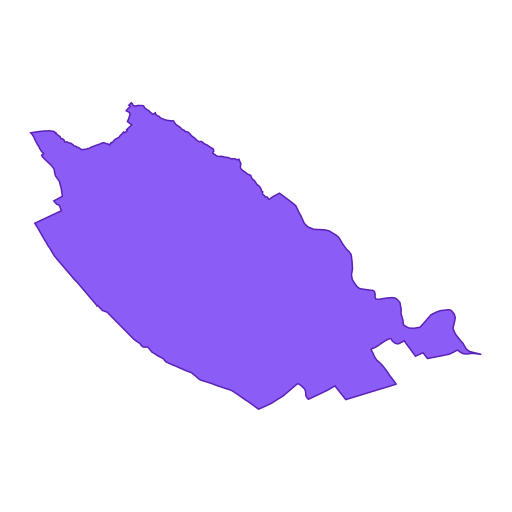 Dulcesti, Neamt, Romania
{"feature_id": "2599482B7069275875494", "entity_name": "Dulcesti", "entity_type": "district", "adm_level": 2, "iso_a3": "ROU", "parent_name": "Romania", "parent_adm1": "Neamt", "projection": "natural_earth1", "projection_center": [26.772, 46.976], "detail": "fine", "context": "isolated", "style": "filled", "palette": "violet", "viewbox_px": 512, "rotation_deg": 0, "n_neighbors": 0, "source": "geoboundaries", "source_scale": "gbopen_adm2", "svg_char_len": 6011}
<svg xmlns="http://www.w3.org/2000/svg" viewBox="0 0 512 512"><path d="M165.9,361.9L166.3,362.0L168.9,363.3L170.2,363.8L173.0,365.1L175.5,366.0L177.6,367.0L178.3,367.3L183.5,369.6L187.3,371.2L191.4,372.6L194.2,375.0L195.3,375.7L197.9,378.2L200.1,379.8L201.0,380.2L208.4,382.5L212.4,383.8L217.7,385.9L229.1,389.6L230.9,390.2L232.3,390.9L237.3,394.2L246.0,400.3L248.2,401.6L258.6,409.2L271.0,403.5L283.3,395.8L297.0,384.1L297.8,383.8L298.7,384.0L300.7,385.2L304.5,388.9L305.2,390.1L305.6,392.4L305.7,393.2L305.7,393.8L305.9,395.9L307.2,398.0L308.5,399.3L327.8,390.1L334.9,385.9L345.8,399.6L395.5,384.4L396.1,384.1L394.7,382.0L389.0,374.5L387.3,371.7L383.6,366.9L380.9,363.7L376.6,360.0L374.1,355.9L373.1,353.4L371.9,351.3L371.3,349.9L371.1,349.2L372.3,348.6L373.8,348.1L375.7,347.1L377.6,346.0L382.3,342.7L384.7,341.2L386.0,340.4L387.8,339.5L389.1,338.9L390.5,338.7L391.1,338.8L391.4,339.2L392.0,340.6L393.6,342.1L394.3,342.7L395.5,343.3L397.0,343.8L398.5,343.8L400.0,343.1L402.9,341.6L404.3,340.6L404.6,341.3L406.2,343.7L410.5,349.4L415.4,356.2L423.0,352.8L427.5,358.5L443.3,355.5L445.9,354.8L449.0,354.3L450.8,353.5L454.3,351.8L457.0,350.2L457.4,350.2L458.6,350.9L460.6,352.4L461.5,352.9L463.4,353.7L465.2,353.9L467.9,353.9L469.6,353.7L471.3,353.4L472.6,353.4L474.1,353.5L481.3,354.4L469.6,351.5L466.4,349.1L464.2,345.5L463.1,343.4L460.6,340.7L455.5,334.2L452.9,328.6L453.1,327.6L454.5,322.0L455.3,317.6L454.2,314.0L452.1,311.4L450.8,310.2L448.5,309.7L440.2,310.7L436.3,312.1L431.0,314.8L422.9,324.1L419.9,327.3L413.6,328.3L409.0,328.0L406.4,326.8L403.5,324.9L402.9,320.0L401.0,313.6L401.2,309.3L399.9,302.4L397.1,299.5L395.1,298.0L392.0,297.6L387.8,297.9L383.0,298.6L378.9,299.4L375.9,299.1L375.0,297.1L375.2,294.3L374.5,291.6L372.5,290.2L371.7,290.4L361.5,288.9L359.3,288.4L356.9,286.4L354.8,283.5L352.4,279.8L351.8,276.7L351.5,274.6L352.5,269.1L352.1,261.6L351.2,254.7L349.2,251.8L346.5,249.2L342.9,244.3L340.5,240.2L338.5,237.1L335.8,234.9L332.9,233.2L329.2,230.9L324.4,229.8L313.7,229.3L310.9,228.1L307.9,226.9L304.2,223.2L300.8,215.5L299.1,212.6L295.8,205.7L290.5,201.4L279.5,193.2L272.3,197.0L269.2,199.5L268.8,199.3L268.6,199.1L267.4,197.1L265.3,196.8L264.9,196.7L264.7,195.9L264.3,195.5L263.0,194.6L262.5,193.8L262.4,193.1L262.6,192.4L262.8,192.0L262.7,191.7L262.1,191.4L261.5,190.7L261.3,190.3L261.1,189.1L260.3,187.5L259.3,186.3L258.7,185.7L257.0,184.5L254.7,181.0L253.6,179.9L252.9,179.6L251.7,178.1L251.2,176.9L251.1,176.1L250.8,175.6L250.1,175.0L249.0,174.7L247.1,173.7L246.0,172.9L245.7,172.5L242.1,170.1L241.0,168.8L240.4,167.8L240.5,166.1L240.6,164.8L240.9,164.1L240.0,161.6L239.2,160.2L239.2,159.6L238.9,159.2L238.6,159.3L237.1,159.8L236.1,159.4L235.5,158.9L234.0,158.7L230.9,158.8L230.0,158.5L229.7,158.1L227.9,157.5L224.4,157.1L223.4,156.7L221.3,156.3L220.1,156.4L218.6,156.4L217.7,156.3L216.5,155.9L215.4,154.9L214.4,154.2L213.2,153.6L212.8,153.2L212.8,152.7L213.2,152.0L213.8,151.3L213.6,150.2L213.3,149.4L213.1,148.9L212.4,148.3L211.1,147.7L209.9,147.0L207.3,145.1L205.7,144.4L204.6,143.8L203.9,143.7L203.6,143.4L203.4,142.9L203.0,142.5L201.6,141.6L201.3,141.4L199.8,141.6L199.0,141.5L197.9,141.1L197.4,140.8L194.2,137.6L192.9,136.9L192.0,136.1L191.5,135.9L190.4,134.3L189.1,133.0L188.3,132.4L187.6,132.0L186.9,131.7L185.0,131.5L184.4,130.4L184.1,130.2L182.8,129.8L182.0,129.3L180.5,127.7L179.7,127.0L176.4,124.8L175.6,124.2L175.0,123.4L173.8,121.1L173.3,120.9L172.7,120.7L171.9,120.7L170.8,121.1L170.6,120.8L170.1,120.7L167.2,120.3L164.6,119.7L163.0,118.9L160.8,118.2L159.2,116.5L157.5,115.7L155.9,114.8L155.4,112.8L153.3,114.2L153.0,114.3L150.3,112.3L149.1,110.9L147.4,109.9L145.2,108.3L144.5,107.6L144.1,106.6L143.1,105.7L142.3,105.5L140.6,105.6L138.7,105.4L137.8,105.5L135.8,105.9L134.8,106.0L133.6,105.6L133.2,105.4L132.8,104.8L132.5,104.0L132.2,103.5L131.2,102.8L129.5,104.5L128.8,105.3L129.2,105.6L129.6,105.8L130.0,106.1L130.1,106.4L130.0,106.8L128.8,107.9L128.4,108.1L127.1,109.7L126.4,110.3L126.2,110.8L129.4,112.4L129.7,113.6L130.2,114.3L130.2,114.6L129.5,116.1L128.3,119.6L127.6,121.0L127.5,121.6L127.6,121.8L127.9,121.9L128.7,122.6L131.8,124.7L130.2,126.3L126.6,129.7L127.2,130.0L127.3,130.5L126.5,131.4L124.7,132.7L124.4,132.6L124.1,132.1L123.8,131.9L123.6,132.0L121.5,134.4L120.6,135.1L118.8,137.4L118.2,137.7L117.2,138.3L115.5,139.1L114.6,139.8L113.4,141.0L113.4,141.4L113.0,141.9L111.0,142.7L110.8,143.3L111.0,143.4L110.2,143.9L110.0,144.7L109.1,144.9L108.9,144.4L108.5,144.2L106.0,143.5L104.2,142.8L103.7,142.7L102.9,142.8L102.1,143.0L99.7,144.1L96.1,145.3L90.9,147.3L88.9,148.5L88.4,148.6L87.7,148.5L87.0,148.9L86.4,149.2L84.1,149.4L81.8,149.6L81.0,149.3L79.1,147.9L78.2,147.5L77.3,147.2L75.7,146.3L74.2,145.9L73.8,145.7L73.1,144.8L71.7,143.8L70.7,143.2L70.3,143.1L69.5,143.1L68.5,142.6L67.9,142.5L67.3,142.0L67.0,141.9L66.2,141.9L65.4,142.1L65.0,142.0L64.7,141.9L64.5,141.6L64.4,140.9L64.1,140.1L63.1,139.3L62.4,138.8L61.0,138.5L60.6,138.0L60.2,136.8L59.9,136.5L58.3,135.4L56.8,134.1L55.6,133.5L55.4,133.2L55.8,132.7L54.7,132.3L54.5,131.9L53.5,131.3L53.4,131.4L51.1,131.0L50.6,131.0L50.1,130.8L49.4,130.7L47.8,130.9L44.1,131.0L37.7,131.7L30.7,132.8L32.6,135.1L33.1,136.0L33.5,136.2L33.7,136.4L34.0,137.5L34.3,138.3L35.5,140.8L37.4,144.4L39.5,147.7L39.4,148.1L39.7,148.5L41.3,151.1L42.7,152.7L43.7,153.7L43.6,153.9L43.0,154.3L42.1,154.8L41.7,155.1L41.7,155.3L41.9,156.0L43.8,158.3L50.9,165.0L54.1,169.0L54.7,173.3L55.6,176.1L59.3,181.2L61.3,188.9L61.9,192.9L62.4,196.3L53.8,200.9L56.6,204.2L58.6,204.9L59.8,206.4L60.4,208.3L61.4,210.7L34.8,223.2L36.1,225.4L37.4,227.4L41.7,234.9L45.2,240.9L46.0,242.0L46.7,243.3L47.9,245.6L49.6,247.9L52.3,252.5L54.1,255.5L56.8,258.9L74.5,279.6L77.1,282.2L97.0,305.6L97.0,305.9L97.9,305.5L98.2,306.0L101.4,309.4L102.0,310.1L102.6,310.6L103.8,310.9L105.7,311.7L107.5,312.3L107.9,312.6L108.4,313.5L134.2,339.6L136.8,341.4L138.1,342.4L139.5,343.1L140.7,344.4L141.2,345.4L143.1,347.0L145.6,347.2L147.4,346.8L149.5,349.0L151.6,351.8L155.7,354.4L157.6,355.7L163.2,358.6L165.9,361.9Z" fill="#8b5cf6" stroke="#5b21b6" stroke-width="1.5"/></svg>